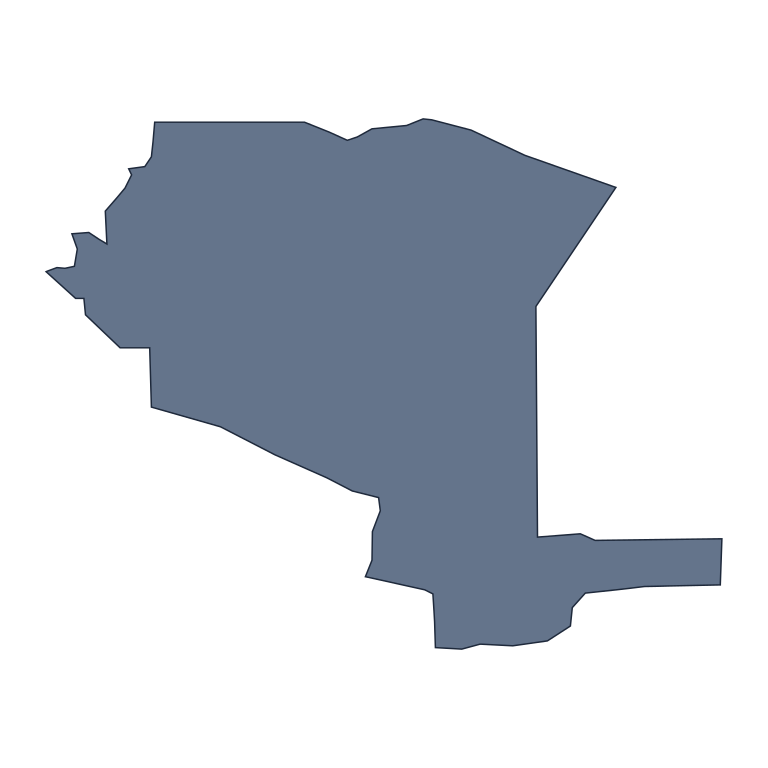 Yoloten, Mary, Turkmenistan
{"feature_id": "10190150B71181095534415", "entity_name": "Yoloten", "entity_type": "district", "adm_level": 2, "iso_a3": "TKM", "parent_name": "Turkmenistan", "parent_adm1": "Mary", "projection": "mercator", "projection_center": [63.056, 37.187], "detail": "fine", "context": "isolated", "style": "filled", "palette": "slate", "viewbox_px": 768, "rotation_deg": 0, "n_neighbors": 0, "source": "geoboundaries", "source_scale": "gbopen_adm2", "svg_char_len": 1068}
<svg xmlns="http://www.w3.org/2000/svg" viewBox="0 0 768 768"><path d="M471.1,130.1L431.7,119.8L423.1,118.9L406.6,125.5L372.0,128.8L357.2,137.0L347.3,140.3L329.2,132.1L304.5,122.2L265.8,122.2L223.0,122.2L181.8,122.2L154.7,122.2L153.0,142.0L151.4,156.8L144.8,166.6L128.7,168.8L131.6,174.9L125.0,188.1L116.8,197.9L105.3,211.1L106.9,244.0L98.7,239.1L88.8,232.5L71.9,233.8L77.3,249.0L74.4,266.3L65.0,268.3L56.9,267.6L46.9,271.3L46.1,271.7L75.6,298.4L83.9,298.4L85.5,314.8L120.1,347.8L149.7,347.8L151.4,407.1L220.5,426.8L274.9,454.8L326.8,477.8L352.3,491.0L378.6,497.6L380.3,510.8L372.4,531.6L372.0,560.2L365.4,576.7L424.7,589.8L432.9,593.9L434.0,611.2L434.6,621.9L435.4,647.6L461.8,649.1L479.9,644.2L481.5,644.2L512.8,645.8L547.4,640.9L570.4,626.0L572.3,607.6L585.3,593.1L616.5,589.8L628.0,588.5L644.5,586.5L655.3,586.3L671.3,585.9L671.7,585.9L720.3,584.9L720.3,584.7L721.9,538.8L595.1,540.4L588.9,537.6L580.3,533.8L537.5,537.1L536.8,437.7L535.9,306.6L536.2,306.0L615.9,187.4L613.5,186.6L524.8,155.3L471.1,130.1Z" fill="#64748b" stroke="#1e293b" stroke-width="1.5"/></svg>